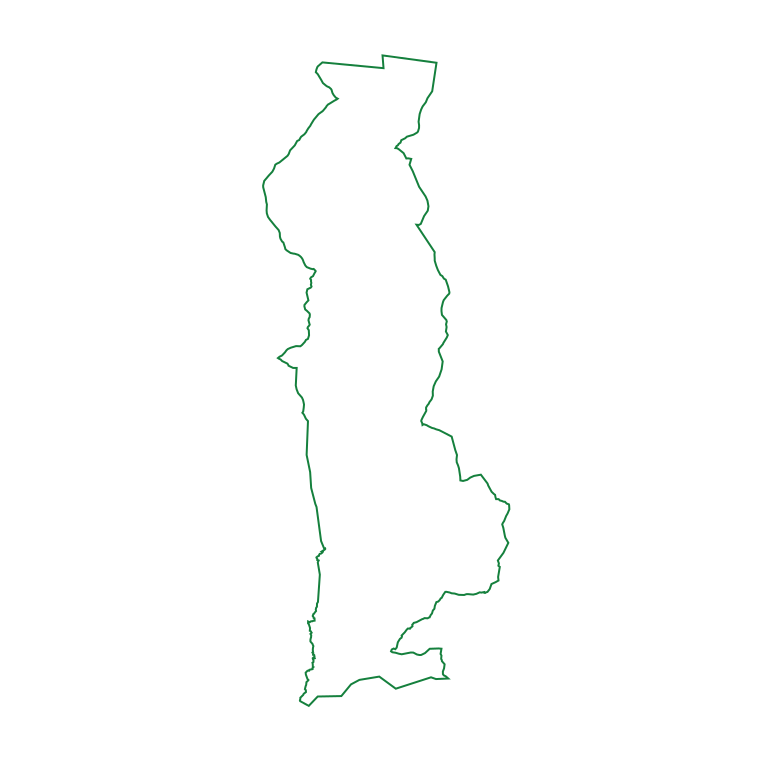 Afigya Kwabre North, Ashanti, Ghana, rotated 5°
{"feature_id": "2480657B47912218033723", "entity_name": "Afigya Kwabre North", "entity_type": "district", "adm_level": 2, "iso_a3": "GHA", "parent_name": "Ghana", "parent_adm1": "Ashanti", "projection": "natural_earth1", "projection_center": [-1.628, 7.039], "detail": "fine", "context": "isolated", "style": "outline", "palette": "green", "viewbox_px": 768, "rotation_deg": 5, "n_neighbors": 0, "source": "geoboundaries", "source_scale": "gbopen_adm2", "svg_char_len": 6144}
<svg xmlns="http://www.w3.org/2000/svg" viewBox="0 0 768 768"><g transform="rotate(5 384 384)"><path d="M473.7,671.8L471.0,669.8L468.9,669.0L468.0,667.9L467.7,665.3L468.6,662.1L468.8,657.9L465.9,655.1L465.6,653.9L464.9,652.9L464.9,649.5L463.9,648.0L464.3,642.7L461.5,642.7L452.6,643.8L448.3,648.5L444.6,650.7L443.0,650.9L440.4,650.6L436.6,649.0L433.9,649.2L425.2,651.7L422.3,651.4L418.9,650.7L415.7,650.5L414.3,649.7L414.9,647.8L416.7,646.7L418.4,647.2L419.6,645.5L420.3,640.1L422.1,636.5L423.6,635.2L423.9,633.7L423.5,633.0L426.3,629.6L428.0,626.8L429.1,625.5L431.2,625.5L431.6,624.5L432.3,624.2L433.5,622.8L433.1,621.4L434.2,619.9L434.4,619.4L437.2,618.4L442.4,615.0L443.8,614.4L444.7,613.7L447.9,613.6L449.1,612.7L449.8,612.5L450.6,610.2L451.8,608.4L452.4,605.4L453.8,603.5L454.0,600.6L455.2,596.7L457.0,596.0L458.3,594.4L459.2,592.6L460.1,592.0L461.4,588.8L463.2,585.7L464.3,585.6L467.6,586.0L469.6,586.6L472.7,586.6L476.8,587.5L482.2,587.2L484.4,586.2L485.8,586.0L491.2,586.0L494.3,585.0L497.5,583.2L499.3,583.3L502.0,582.5L502.2,583.3L503.0,583.3L503.8,582.7L505.2,582.1L507.2,579.0L508.5,573.9L512.4,571.7L515.2,569.8L514.5,566.3L515.3,556.1L513.8,555.1L514.1,552.7L512.8,549.9L517.7,541.8L521.7,531.4L518.3,526.6L517.6,524.6L515.4,516.9L514.0,513.5L514.6,511.9L515.6,510.1L517.2,504.8L518.4,502.2L519.8,497.9L519.2,493.8L518.9,493.0L516.6,492.4L514.8,490.8L513.2,490.8L511.5,490.2L509.6,489.9L508.2,488.7L505.7,488.9L504.9,487.0L504.3,484.7L503.2,484.1L500.6,482.0L496.7,476.1L495.8,474.1L488.4,465.9L481.7,467.7L478.1,469.7L475.3,472.2L471.2,473.7L468.5,473.4L468.0,469.7L466.0,461.4L464.8,458.5L463.3,455.7L462.8,452.7L462.9,448.4L460.8,443.7L456.0,430.5L443.1,425.2L439.9,424.6L437.8,423.9L435.7,423.6L431.9,422.2L430.1,421.3L427.1,420.6L425.9,421.5L425.5,419.8L424.3,417.6L424.5,416.5L425.6,413.5L428.4,407.2L428.4,406.0L428.1,405.6L428.0,403.7L429.2,401.3L430.2,399.9L430.9,398.0L432.7,395.2L433.7,391.4L433.2,387.2L433.7,381.9L435.4,376.9L438.3,371.8L440.1,364.4L440.5,356.4L435.8,347.0L435.5,344.2L436.1,343.6L439.2,339.2L439.6,337.9L442.5,332.2L443.3,329.7L441.1,326.3L441.4,321.8L440.6,319.1L441.1,316.3L440.5,314.8L435.7,310.1L434.9,306.3L434.7,303.3L435.6,297.3L436.2,295.2L439.3,290.5L441.1,288.3L441.2,286.9L439.3,281.2L436.4,274.7L434.5,273.8L432.7,271.4L430.7,270.4L427.7,265.7L425.8,261.8L423.8,256.8L423.5,254.0L423.0,250.6L423.0,248.2L402.5,222.5L404.9,222.5L406.7,221.3L409.3,213.2L412.5,207.5L412.8,203.1L411.3,197.6L409.1,193.6L401.8,184.5L394.1,169.5L390.3,163.4L391.5,157.4L388.5,157.1L386.6,157.4L383.4,152.3L378.2,148.8L376.6,148.0L374.9,148.0L375.8,145.9L377.1,144.9L377.6,143.7L379.4,142.1L380.0,139.6L383.6,137.4L385.3,135.6L391.6,133.1L394.7,130.9L395.4,130.3L395.9,129.3L396.6,125.9L396.4,123.1L395.6,119.7L396.0,111.9L397.1,107.3L398.3,104.1L401.1,99.7L402.4,95.5L406.5,88.2L408.3,59.4L353.9,56.8L356.0,69.4L294.6,69.0L290.7,73.0L290.0,74.0L289.3,76.5L288.9,79.3L291.0,81.1L295.0,86.6L296.9,89.5L300.2,91.8L301.4,92.5L303.5,93.2L305.5,94.7L306.1,95.5L307.3,98.6L308.8,100.7L311.0,102.9L313.0,103.8L312.0,104.7L309.8,106.1L305.0,109.7L303.9,110.4L302.5,112.3L302.1,113.3L299.3,117.3L295.2,120.9L291.1,126.8L288.5,132.0L288.2,133.0L286.3,135.9L285.0,138.5L284.5,139.9L282.9,142.2L279.9,144.9L279.3,146.0L278.3,148.3L276.3,149.5L274.3,154.1L270.1,159.4L269.0,163.3L268.0,165.1L260.4,172.5L258.1,173.8L256.6,175.0L255.7,178.9L254.3,182.2L251.1,186.3L247.0,192.1L246.3,196.7L246.5,198.5L249.9,208.1L250.8,212.8L251.7,215.3L251.9,221.2L252.4,224.2L253.9,227.7L256.2,230.4L262.1,236.5L265.6,239.8L267.0,242.6L267.5,246.3L268.2,248.3L270.1,251.0L271.4,251.8L273.5,256.7L273.9,258.1L275.3,259.3L279.5,261.6L282.5,262.0L283.6,262.0L287.3,262.8L288.7,263.6L290.1,264.6L291.5,266.1L292.4,267.5L293.4,269.7L295.3,272.8L296.9,274.3L300.8,275.5L303.0,275.8L303.9,275.5L306.0,277.3L306.1,277.7L305.0,279.9L303.9,282.7L301.9,284.2L301.3,285.6L302.3,286.7L302.3,287.9L302.8,289.7L302.5,291.6L303.0,292.5L303.3,293.3L302.6,294.4L299.4,296.3L298.9,299.7L301.4,307.3L299.8,309.3L297.9,312.1L297.9,313.5L299.0,316.6L300.8,317.8L303.7,320.2L304.1,321.4L304.1,323.9L303.4,325.3L303.2,327.1L304.8,331.4L304.3,332.4L303.2,333.9L302.9,335.1L304.4,337.0L305.1,342.0L304.3,345.7L302.4,346.9L301.5,348.9L298.9,352.3L297.4,353.7L293.1,353.9L287.9,356.0L285.1,357.6L283.9,358.9L282.6,361.1L279.9,364.5L277.6,365.9L276.1,367.4L277.2,368.0L278.9,368.6L280.5,370.0L286.0,372.1L286.9,373.2L287.3,374.1L292.0,375.9L295.6,375.6L296.2,391.8L296.2,393.0L297.4,396.9L299.3,400.7L303.4,404.6L304.7,406.9L305.3,408.7L306.1,411.4L306.1,414.6L305.9,418.4L305.2,419.8L306.2,420.7L307.1,421.8L309.2,425.4L311.5,427.6L313.1,461.4L318.1,478.2L320.5,493.9L326.0,509.4L327.5,512.4L335.0,545.9L338.6,552.9L339.2,553.2L339.7,552.9L339.8,553.1L339.8,553.6L339.4,554.1L336.5,556.3L337.6,556.7L337.3,557.3L336.1,558.4L334.8,558.8L334.3,559.7L334.2,560.8L332.9,561.5L331.8,562.6L331.8,562.9L332.9,564.3L332.8,565.1L334.3,565.5L333.6,567.3L333.6,567.6L336.7,579.5L337.2,606.9L336.4,608.6L336.6,611.7L335.9,612.9L335.7,614.6L336.1,616.1L334.8,617.9L334.4,618.9L333.7,619.3L333.2,621.3L334.2,622.5L334.3,623.2L335.2,623.5L335.5,625.8L333.9,626.2L333.3,626.6L332.1,626.7L330.7,627.8L329.1,627.2L329.2,629.0L330.1,630.0L331.6,633.5L331.6,636.3L332.5,636.6L333.6,638.1L332.5,639.4L333.4,640.6L333.4,643.0L333.2,643.4L333.0,645.1L333.1,646.7L333.5,647.3L335.4,649.1L335.8,650.1L336.3,650.8L336.5,651.3L336.3,652.3L336.2,654.5L336.3,655.5L336.6,656.6L336.1,657.8L337.0,658.2L336.9,659.6L336.9,659.9L337.9,660.0L338.1,660.1L338.6,662.0L338.4,662.4L338.9,663.3L338.2,663.6L337.3,662.9L336.9,663.4L337.1,664.1L337.9,665.7L337.9,667.2L337.0,667.9L337.4,669.1L337.8,672.2L338.2,672.3L337.6,673.0L337.5,673.4L337.8,674.1L337.6,674.3L334.6,675.2L334.4,675.4L334.4,676.1L332.8,676.3L331.1,678.4L331.5,680.3L333.5,684.6L334.5,685.5L334.0,686.3L332.7,687.8L332.7,690.5L332.3,691.7L331.8,694.9L332.8,695.8L333.1,697.7L331.0,699.6L330.6,700.8L328.0,703.8L328.1,704.9L327.8,706.5L328.2,707.0L328.2,707.3L337.1,711.2L345.2,701.1L368.7,698.6L377.3,686.1L385.3,680.9L404.8,675.9L422.3,686.5L456.4,672.1L461.5,673.4L473.7,671.8Z" fill="none" stroke="#15803d" stroke-width="2"/></g></svg>